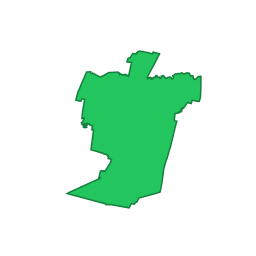 outline of Racari, Dâmbovita, Romania, rotated 319°
{"feature_id": "2599482B12647526032204", "entity_name": "Racari", "entity_type": "district", "adm_level": 2, "iso_a3": "ROU", "parent_name": "Romania", "parent_adm1": "Dâmbovita", "projection": "robinson", "projection_center": [25.768, 44.664], "detail": "fine", "context": "isolated", "style": "filled", "palette": "green", "viewbox_px": 256, "rotation_deg": 319, "n_neighbors": 0, "source": "geoboundaries", "source_scale": "gbopen_adm2", "svg_char_len": 5543}
<svg xmlns="http://www.w3.org/2000/svg" viewBox="0 0 256 256"><g transform="rotate(319 128 128)"><path d="M117.4,191.8L128.6,182.0L130.7,180.5L130.8,180.6L132.0,179.7L135.6,177.5L138.1,176.2L141.9,173.7L145.3,171.3L146.4,171.0L152.9,166.3L153.8,165.9L154.5,165.3L155.5,164.4L157.2,163.5L158.0,162.5L159.0,162.0L160.0,161.2L161.6,160.2L163.8,158.5L164.9,158.0L165.9,157.1L169.3,154.9L168.0,153.6L168.0,153.4L168.4,152.2L172.9,148.0L173.6,148.2L174.9,149.3L176.0,149.5L176.4,149.9L176.5,150.0L177.1,149.8L177.4,149.2L177.7,149.1L178.0,149.2L178.1,149.3L178.0,149.7L177.8,150.0L177.7,150.2L177.9,150.4L178.5,150.4L179.0,150.2L179.3,150.6L179.8,150.4L180.6,149.6L180.6,149.3L180.5,148.9L180.5,148.7L181.1,148.6L181.3,148.7L181.3,148.9L181.1,149.1L181.4,149.2L181.6,149.2L181.9,148.5L182.2,148.3L182.5,148.7L183.0,148.9L183.1,149.2L182.8,149.3L182.9,149.5L186.6,148.6L189.6,147.8L190.5,149.3L191.7,151.0L194.7,149.2L196.8,151.9L197.4,153.0L199.3,154.7L203.1,152.1L208.9,145.9L216.9,136.9L216.8,136.6L216.6,136.4L215.2,135.7L215.0,135.3L213.5,135.3L212.3,135.5L211.4,135.5L211.0,135.3L210.1,135.1L209.7,134.8L209.6,134.5L209.7,134.3L210.1,133.8L209.9,133.1L209.9,132.9L210.8,132.2L211.2,131.3L210.9,130.6L210.3,130.1L209.6,129.9L209.4,129.2L209.4,128.8L209.7,128.5L209.8,128.2L210.0,128.0L210.1,127.8L209.9,127.3L210.1,126.5L209.5,126.4L209.0,125.3L208.8,125.1L208.5,124.9L207.3,124.7L207.2,124.6L207.2,124.4L206.8,124.4L206.5,124.4L206.1,124.1L206.0,123.8L205.8,123.6L205.2,123.4L205.1,123.1L205.2,122.9L205.0,122.0L204.3,121.4L203.9,121.1L203.0,121.2L202.2,120.8L202.0,120.3L201.5,119.6L200.9,119.4L200.1,119.3L200.0,119.2L199.2,118.2L198.5,118.1L198.0,118.2L197.8,118.4L196.9,118.2L196.6,118.0L196.0,117.8L195.9,117.9L195.8,118.1L196.0,118.9L195.3,119.8L194.7,119.8L194.2,120.1L193.3,119.8L193.2,119.7L193.4,119.3L193.6,118.6L193.1,116.8L192.2,116.6L191.7,116.3L191.2,116.1L189.8,116.0L189.4,115.8L189.4,115.6L189.2,115.3L189.3,114.8L189.0,114.5L188.8,114.1L189.1,113.6L188.9,112.6L188.8,112.2L189.1,112.1L189.1,111.7L188.6,111.6L188.4,111.4L188.2,111.5L187.7,111.0L187.5,110.9L187.0,110.7L186.9,110.8L186.4,111.4L185.6,111.9L185.2,112.1L184.9,111.9L184.7,111.7L184.9,111.1L184.9,109.9L183.9,109.1L183.7,108.7L183.8,107.9L184.2,107.6L184.2,107.4L183.6,107.6L183.4,107.5L183.5,107.0L183.4,106.9L183.1,106.8L182.8,106.9L182.8,107.3L182.7,107.5L182.2,107.4L182.0,107.7L181.9,107.7L181.8,107.4L181.5,107.5L180.8,107.2L180.7,107.1L180.8,106.9L180.7,106.7L180.4,106.6L179.6,106.7L179.1,106.5L178.8,106.8L178.7,106.4L178.1,106.7L178.2,106.2L177.6,105.8L177.8,105.7L178.3,105.7L178.4,105.3L178.3,105.2L177.8,105.1L178.1,104.8L178.1,104.3L177.9,104.2L177.3,104.0L176.7,103.5L176.0,103.8L176.0,103.7L176.2,103.4L176.0,103.2L175.4,103.2L175.6,103.0L175.6,102.4L176.2,102.1L192.3,96.0L200.5,92.7L196.8,87.2L195.0,88.0L192.8,84.6L192.4,83.9L192.0,83.5L191.0,82.4L189.4,79.9L187.9,78.7L187.6,77.8L187.2,77.5L186.2,77.2L185.6,76.8L185.3,76.9L184.6,77.4L184.4,77.4L184.1,76.9L183.9,76.9L183.4,77.4L182.8,77.4L182.2,77.5L182.1,76.7L181.9,76.2L181.0,75.5L180.7,75.1L180.1,75.1L178.7,75.3L177.8,75.7L176.5,76.1L175.8,76.4L175.5,76.3L174.7,75.7L174.1,75.6L173.7,75.5L172.8,76.2L171.8,76.4L171.6,76.6L171.5,77.1L171.0,77.3L170.6,77.6L173.7,80.8L162.4,89.3L162.4,89.0L162.6,88.3L162.2,88.2L162.0,87.7L161.3,87.6L161.0,87.2L161.5,86.8L161.4,86.2L161.1,85.9L160.6,85.7L160.6,85.4L160.5,85.2L160.4,85.1L159.7,85.2L159.3,84.8L158.9,84.7L158.9,84.3L158.6,83.9L158.3,83.8L158.1,83.8L158.0,83.4L158.1,83.2L157.9,82.9L158.1,82.5L157.5,82.1L157.2,82.1L157.6,81.6L156.9,80.8L156.9,80.6L157.5,80.2L157.0,79.1L156.1,78.4L154.6,77.3L150.0,73.6L142.8,72.1L140.3,71.1L137.3,63.2L136.4,63.2L136.0,62.4L136.1,61.7L136.4,61.1L136.6,61.0L133.5,58.6L121.4,64.3L117.0,66.6L114.1,67.8L106.9,72.7L108.1,74.7L109.0,75.8L110.1,76.9L112.4,75.7L112.6,75.9L114.1,77.9L104.6,85.7L99.4,90.6L101.4,91.8L97.8,93.7L96.3,93.4L95.9,94.4L95.9,94.7L95.6,95.3L95.5,95.7L96.6,95.8L96.8,96.3L97.1,96.4L97.4,96.4L97.4,96.0L97.5,95.9L97.8,96.1L97.8,96.6L97.6,97.1L97.2,97.3L97.0,97.2L96.7,97.0L96.4,97.4L96.1,97.5L96.4,97.9L96.3,98.1L96.0,98.2L95.8,98.2L95.5,97.7L95.3,97.7L95.0,97.8L94.8,98.1L94.8,98.3L95.7,99.6L96.6,99.9L97.3,100.5L97.4,100.4L97.4,100.1L97.1,99.7L97.2,99.4L97.0,99.1L96.7,99.0L97.3,98.7L97.6,98.6L97.8,98.7L98.1,98.6L98.6,98.6L98.2,98.0L98.6,97.8L98.8,97.4L99.0,97.4L99.1,97.9L99.3,97.3L100.4,97.8L100.7,97.9L100.8,98.2L100.8,98.5L100.5,99.1L100.9,99.1L101.4,99.3L101.4,99.5L101.2,100.2L101.4,100.5L101.4,100.9L101.4,101.1L101.9,101.4L102.0,101.6L101.8,101.9L101.4,101.8L102.2,102.4L102.2,102.6L102.1,103.0L102.6,103.2L99.5,105.6L100.1,106.1L100.9,106.7L85.7,120.2L89.6,125.9L89.7,126.3L91.7,129.5L92.3,130.1L92.7,131.0L92.7,131.3L92.7,131.9L93.1,132.3L94.1,133.5L94.4,134.0L94.3,134.8L94.8,135.7L94.7,135.9L94.3,136.1L94.1,136.3L94.3,136.8L94.3,137.3L93.1,137.8L92.9,138.0L93.1,138.4L93.4,138.5L94.0,138.9L94.2,139.9L95.0,140.6L95.0,140.9L94.9,141.1L94.1,141.5L92.8,141.9L92.4,142.3L92.4,142.5L81.9,145.7L81.8,145.3L81.9,144.6L81.8,144.4L81.6,144.3L80.5,144.4L80.4,143.6L80.5,143.4L80.5,143.0L80.2,142.9L79.3,142.7L78.9,142.4L78.0,143.2L73.4,146.4L74.7,147.4L74.5,147.8L42.0,138.2L39.1,137.6L43.8,144.6L45.3,146.7L52.1,156.9L58.1,165.8L60.6,169.4L60.8,169.3L61.0,169.6L61.3,170.8L61.2,171.6L61.6,171.9L62.2,172.0L62.7,172.9L63.1,173.1L63.5,173.7L63.8,173.9L64.4,174.1L65.0,174.9L76.5,189.1L81.0,187.2L82.7,189.7L84.6,189.2L85.6,189.4L85.8,189.6L86.0,189.6L90.7,188.0L90.9,188.1L92.4,189.0L104.6,194.9L110.2,197.4L117.4,191.8Z" fill="#22c55e" stroke="#15803d" stroke-width="1.5"/></g></svg>